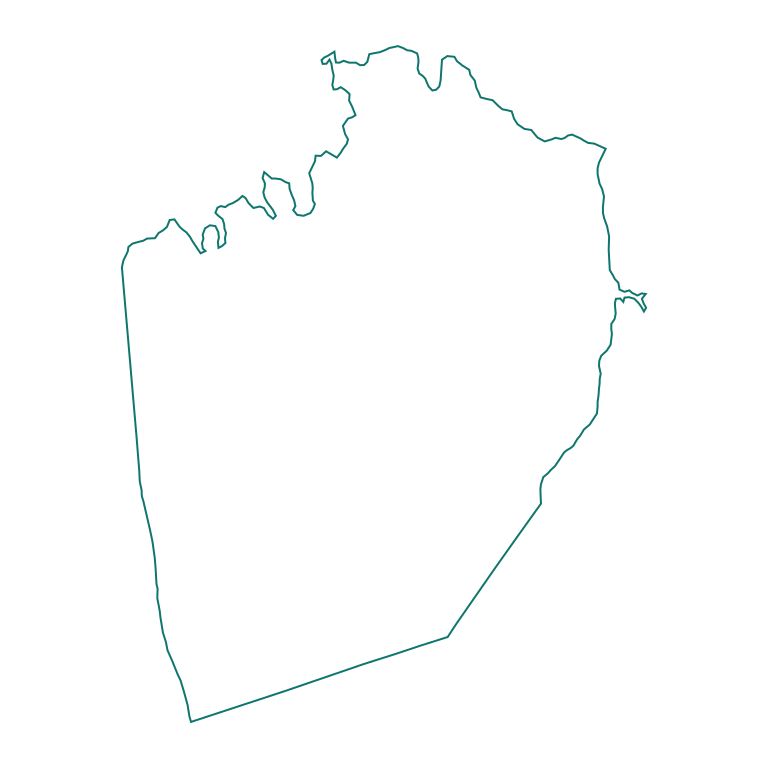 Pedro do Rosário, Maranhão, Brazil
{"feature_id": "56859067B22973737910848", "entity_name": "Pedro do Rosário", "entity_type": "district", "adm_level": 2, "iso_a3": "BRA", "parent_name": "Brazil", "parent_adm1": "Maranhão", "projection": "natural_earth1", "projection_center": [-45.413, -2.989], "detail": "fine", "context": "isolated", "style": "outline", "palette": "teal", "viewbox_px": 768, "rotation_deg": 0, "n_neighbors": 0, "source": "geoboundaries", "source_scale": "gbopen_adm2", "svg_char_len": 3690}
<svg xmlns="http://www.w3.org/2000/svg" viewBox="0 0 768 768"><path d="M139.2,470.1L139.8,481.7L141.6,490.1L141.8,496.0L143.4,501.3L150.0,529.8L152.4,541.2L154.7,557.4L155.6,568.3L156.5,584.0L157.6,588.8L157.3,598.2L159.1,607.6L159.8,611.6L160.4,617.2L161.3,622.6L162.9,632.5L165.9,642.0L167.5,650.2L172.2,660.9L177.8,674.7L180.5,680.3L183.9,691.5L187.6,705.1L189.4,716.3L191.0,721.9L283.9,691.4L310.8,682.2L363.0,664.3L378.0,659.5L396.6,653.6L420.3,645.7L447.7,637.0L455.6,624.9L494.7,568.6L517.6,536.3L541.0,503.6L540.6,496.0L540.4,489.0L541.0,484.2L543.3,477.1L547.9,473.3L550.6,470.2L555.0,466.1L560.8,457.5L564.1,452.4L567.0,450.1L570.7,448.0L573.4,445.7L577.0,439.5L580.3,435.5L584.0,429.4L586.7,427.1L589.8,424.5L594.4,417.4L596.9,413.6L597.6,407.0L597.6,401.8L598.5,395.7L599.0,388.6L599.6,383.7L599.7,379.2L600.7,373.7L599.0,366.1L599.3,360.7L601.2,355.8L606.8,350.6L610.6,344.7L611.9,334.1L611.3,329.2L611.3,324.0L614.6,319.0L615.7,313.4L615.1,307.3L614.9,303.3L615.9,298.8L620.2,298.5L623.3,301.9L624.5,297.6L628.9,297.2L634.3,298.7L638.6,303.1L641.5,307.1L643.9,311.5L646.1,307.8L643.6,303.3L641.9,298.8L645.7,294.0L641.6,293.4L637.5,295.5L632.3,293.0L629.3,290.4L624.5,291.8L619.5,289.6L618.4,282.8L614.8,279.0L612.6,274.7L609.8,270.2L608.7,249.9L609.1,236.3L607.1,226.4L604.2,218.3L603.0,213.2L602.9,207.0L604.0,196.6L602.2,189.2L599.5,183.5L597.6,174.0L597.6,168.3L599.0,162.6L605.7,148.8L598.0,145.3L594.2,143.6L588.1,142.9L584.1,140.7L580.4,138.4L572.1,134.6L568.0,135.5L564.6,138.0L561.4,139.0L555.4,137.8L551.7,139.4L544.7,141.4L537.5,137.5L533.9,133.2L531.3,130.0L524.4,128.9L517.5,124.2L514.1,118.8L511.7,111.4L507.1,110.2L502.4,109.3L498.3,105.9L492.6,100.2L486.9,99.0L480.6,97.4L478.6,92.4L476.3,87.6L474.8,80.6L470.5,75.2L469.2,69.8L462.5,65.6L457.0,61.2L454.4,56.8L447.3,56.1L442.0,59.7L440.6,80.4L439.3,86.5L436.2,89.7L432.4,90.5L428.6,86.5L426.7,82.2L425.3,78.7L422.6,75.8L419.3,73.6L417.6,68.6L418.5,61.7L418.2,57.3L417.1,53.4L411.4,50.8L407.2,50.3L403.0,48.0L397.9,46.1L392.8,47.3L389.3,48.0L385.4,50.0L379.7,52.2L373.0,53.4L369.3,54.2L367.3,61.9L364.1,65.0L360.1,65.2L356.0,62.7L349.1,62.7L343.6,60.8L339.4,62.7L336.0,62.5L335.2,58.7L334.4,51.7L328.0,55.7L324.1,57.6L321.5,60.1L322.7,63.9L326.5,63.7L329.5,59.6L331.4,63.5L332.2,69.0L333.7,75.6L333.2,80.2L332.3,84.9L333.7,89.5L337.1,89.2L340.7,87.2L345.2,90.1L349.6,94.1L349.1,100.6L352.2,106.8L355.5,115.2L352.1,117.3L348.0,118.6L342.9,125.9L345.1,134.0L348.0,139.3L346.9,143.6L342.9,149.0L341.0,152.3L336.9,157.6L326.1,151.3L321.0,155.9L315.6,155.7L315.0,161.2L309.2,173.2L311.2,179.7L312.3,183.3L312.7,187.6L312.4,193.0L312.9,200.6L314.9,204.0L313.1,208.9L310.4,213.0L303.6,215.8L297.2,214.9L293.2,210.1L295.4,206.1L294.1,200.2L291.6,194.5L289.6,188.8L289.2,183.3L285.7,182.2L280.8,179.3L275.4,178.5L271.7,178.5L264.2,172.1L262.6,178.0L264.9,183.3L264.7,187.3L263.3,192.2L264.6,197.4L267.1,202.3L270.2,206.3L272.8,209.8L275.9,215.8L273.1,218.8L268.1,214.8L263.9,208.0L259.7,206.5L253.4,208.0L248.4,202.9L245.6,198.1L242.4,196.0L238.3,199.8L232.6,203.2L228.7,204.6L225.3,207.1L220.9,206.1L217.5,207.6L215.4,212.8L217.9,215.4L222.5,219.1L224.1,224.0L224.5,228.8L226.0,232.9L225.0,238.1L225.4,243.0L222.1,246.0L218.5,247.9L217.9,241.9L218.9,237.5L218.3,232.2L215.4,226.1L209.9,225.3L205.0,228.4L202.7,234.7L203.4,238.8L202.0,243.2L202.8,248.5L205.5,251.0L200.6,253.3L197.5,248.7L192.4,241.1L189.9,236.7L186.4,232.4L182.6,229.5L179.7,226.9L174.4,219.4L169.7,220.0L166.9,227.0L162.9,230.4L158.5,233.1L155.0,238.2L150.6,238.4L147.0,238.6L143.3,240.7L138.1,242.0L132.5,243.6L128.4,247.0L127.9,251.0L126.3,254.6L123.4,260.5L121.9,267.3L136.5,436.4L139.2,470.1Z" fill="none" stroke="#0f766e" stroke-width="2"/></svg>